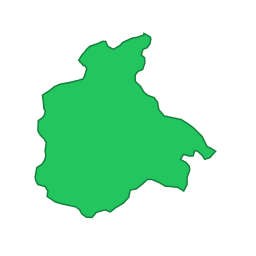 outline of Cheongju-si, North Chungcheong, South Korea, rotated 282°
{"feature_id": "91817680B7472001038353", "entity_name": "Cheongju-si", "entity_type": "district", "adm_level": 2, "iso_a3": "KOR", "parent_name": "South Korea", "parent_adm1": "North Chungcheong", "projection": "orthographic", "projection_center": [127.531, 36.588], "detail": "fine", "context": "isolated", "style": "filled", "palette": "green", "viewbox_px": 256, "rotation_deg": 282, "n_neighbors": 0, "source": "geoboundaries", "source_scale": "gbopen_adm2", "svg_char_len": 1518}
<svg xmlns="http://www.w3.org/2000/svg" viewBox="0 0 256 256"><g transform="rotate(282 128 128)"><path d="M184.0,65.7L179.7,71.6L180.2,73.0L177.4,75.3L170.4,74.8L166.7,73.9L163.9,68.8L160.2,60.9L157.4,54.0L156.5,52.1L153.2,47.5L149.1,44.2L144.9,40.1L142.3,37.5L133.8,40.5L130.1,41.4L126.8,43.8L122.6,43.3L119.9,41.9L116.6,38.7L106.4,40.5L102.7,43.8L99.9,48.4L96.2,51.2L88.8,51.6L83.2,53.5L79.1,53.0L74.9,51.6L70.3,47.0L60.5,47.4L57.3,48.8L54.0,51.6L53.5,59.0L49.8,62.7L44.2,63.1L40.5,72.4L40.0,79.8L40.0,80.8L40.0,84.9L40.0,93.3L38.1,97.5L34.4,100.7L32.1,105.8L33.0,111.4L39.0,114.7L43.2,122.6L42.2,128.1L47.3,132.3L53.4,138.9L60.3,143.1L67.8,143.1L70.1,148.6L76.1,153.8L81.7,157.5L82.6,162.1L81.2,169.6L78.9,176.6L79.8,183.5L80.3,189.1L77.9,195.6L84.9,197.5L91.9,196.1L99.8,197.1L103.5,195.7L106.3,191.9L108.2,185.9L113.8,187.8L113.3,193.8L114.2,197.5L119.8,198.0L119.8,200.8L116.6,206.4L113.3,209.6L113.9,210.6L116.1,214.3L123.5,218.5L125.4,213.4L126.3,209.2L135.2,202.2L141.7,192.0L144.5,185.9L147.3,178.5L147.3,166.8L147.3,160.8L152.4,154.3L159.4,151.5L163.1,147.3L164.0,140.8L165.9,136.6L171.4,131.5L175.1,125.4L181.2,124.0L185.4,125.9L188.2,130.1L195.1,131.0L200.2,129.6L202.1,125.8L208.1,126.3L210.5,130.0L214.6,131.9L219.8,131.9L221.6,130.9L223.9,123.9L222.1,123.9L218.8,118.4L216.9,113.7L213.7,109.1L210.4,104.9L207.6,103.5L202.0,97.5L202.5,95.2L203.9,91.0L208.0,88.2L207.6,85.4L203.9,80.3L200.1,73.8L196.9,71.5L193.2,69.7L189.9,67.8L184.0,65.7Z" fill="#22c55e" stroke="#15803d" stroke-width="1.5"/></g></svg>